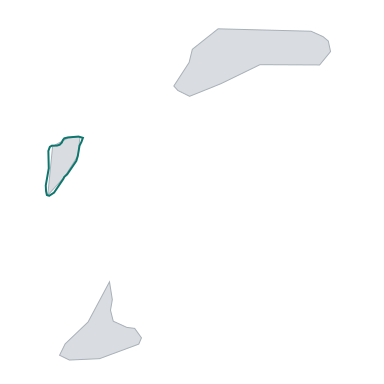 Comoros, with Moûhîlî highlighted, rotated 87°
{"feature_id": "COM-4934", "entity_name": "Moûhîlî", "entity_type": "state/province", "adm_level": 1, "iso_a3": "COM", "parent_name": "Comoros", "parent_adm1": "", "projection": "natural_earth1", "projection_center": [43.722, -12.305], "detail": "fine", "context": "in_parent", "style": "outline", "palette": "teal", "viewbox_px": 384, "rotation_deg": 87, "n_neighbors": 0, "source": "natural_earth", "source_scale": "10m", "svg_char_len": 930}
<svg xmlns="http://www.w3.org/2000/svg" viewBox="0 0 384 384"><g transform="rotate(87 192 192)"><path d="M89.9,200.8L85.2,204.6L62.5,188.1L49.5,184.2L30.4,157.4L37.7,64.7L43.8,52.9L48.4,48.0L59.0,46.3L71.8,57.9L68.4,117.5L85.4,157.6L96.3,189.4L89.9,200.8ZM341.1,253.1L353.6,293.1L353.4,323.2L348.1,332.8L337.0,326.6L316.4,302.6L277.4,279.1L295.3,277.2L305.8,279.6L316.9,277.4L323.8,264.2L325.2,256.4L335.0,250.1L341.1,253.1ZM170.2,318.5L187.6,336.2L139.1,328.8L131.5,312.8L131.1,301.1L149.2,303.6L170.2,318.5Z" fill="#d9dde1" stroke="#a8b0b8" stroke-width="1"/><path d="M170.2,318.7L172.2,319.8L185.4,329.8L188.3,334.8L187.4,337.1L183.6,337.7L177.8,337.7L160.9,333.8L143.5,333.3L139.5,331.6L138.4,329.5L138.6,324.5L137.9,321.7L135.8,319.4L133.5,318.3L131.7,316.7L131.0,312.9L130.7,302.4L132.2,298.1L136.2,299.8L139.8,301.9L150.2,304.2L154.9,305.9L167.8,315.7L170.2,318.7Z" fill="none" stroke="#0f766e" stroke-width="2"/></g></svg>